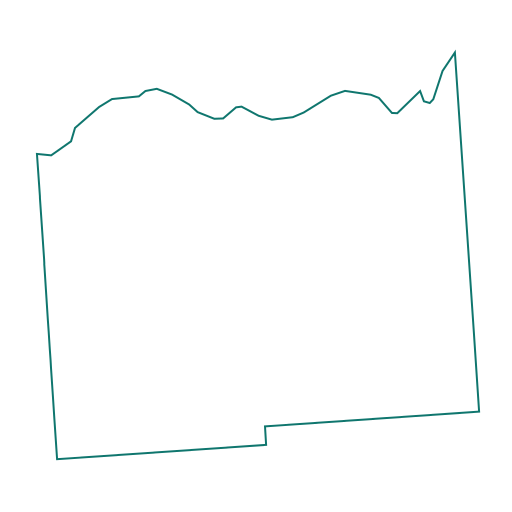 the district of Emmons, North Dakota, United States of America, rotated 86°
{"feature_id": "52423323B40885711739246", "entity_name": "Emmons", "entity_type": "district", "adm_level": 2, "iso_a3": "USA", "parent_name": "United States of America", "parent_adm1": "North Dakota", "projection": "natural_earth1", "projection_center": [-100.392, 46.288], "detail": "fine", "context": "isolated", "style": "outline", "palette": "teal", "viewbox_px": 512, "rotation_deg": 86, "n_neighbors": 0, "source": "geoboundaries", "source_scale": "gbopen_adm2", "svg_char_len": 867}
<svg xmlns="http://www.w3.org/2000/svg" viewBox="0 0 512 512"><g transform="rotate(86 256 256)"><path d="M346.9,44.0L66.9,43.4L84.4,57.0L112.0,68.2L115.5,72.0L113.4,77.7L102.9,80.8L123.4,105.1L122.8,110.4L106.9,122.4L103.1,130.3L97.5,155.7L101.3,170.1L116.2,198.4L120.1,209.6L121.1,230.6L116.3,243.6L106.0,260.0L106.3,265.5L116.5,279.2L116.2,288.0L108.4,304.2L100.2,312.1L89.1,328.5L82.3,343.3L83.7,354.8L88.6,361.7L89.4,388.7L96.4,402.1L115.6,427.6L128.7,432.5L141.3,453.3L138.9,467.4L139.0,467.4L145.0,467.4L162.7,467.4L178.3,467.4L181.3,467.4L183.4,467.5L188.1,467.5L244.4,467.6L248.6,467.7L249.2,467.8L253.3,467.8L253.8,467.8L304.1,468.1L313.1,468.1L318.1,468.1L333.3,468.2L334.2,468.2L346.0,468.2L353.3,468.3L384.1,468.4L403.3,468.5L444.7,468.6L444.8,468.6L445.1,259.1L426.6,258.9L426.8,44.3L346.9,44.0Z" fill="none" stroke="#0f766e" stroke-width="2"/></g></svg>